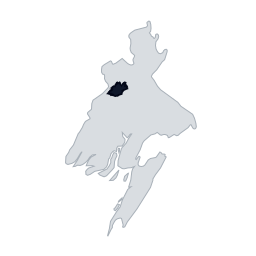 location of Natore, Rajshahi, Bangladesh, rotated 38°
{"feature_id": "16705992B43065208682222", "entity_name": "Natore", "entity_type": "district", "adm_level": 2, "iso_a3": "BGD", "parent_name": "Bangladesh", "parent_adm1": "Rajshahi", "projection": "equal_earth", "projection_center": [89.103, 24.393], "detail": "fine", "context": "in_parent", "style": "filled", "palette": "ink", "viewbox_px": 256, "rotation_deg": 38, "n_neighbors": 0, "source": "geoboundaries", "source_scale": "gbopen_adm2", "svg_char_len": 7478}
<svg xmlns="http://www.w3.org/2000/svg" viewBox="0 0 256 256"><g transform="rotate(38 128 128)"><path d="M95.5,181.1L95.5,175.0L92.2,162.9L92.4,161.5L91.7,155.7L90.8,152.5L90.4,149.0L92.4,144.1L91.6,143.3L87.3,141.8L86.7,140.5L87.7,135.7L84.5,131.1L83.3,127.6L86.7,116.6L87.5,108.9L87.3,107.4L85.2,105.7L81.6,105.0L79.1,103.6L77.6,101.4L76.3,100.5L74.8,101.2L72.8,100.3L71.1,98.2L69.7,95.6L70.3,92.7L72.9,85.9L73.9,85.7L76.2,87.0L77.0,87.0L78.5,84.4L80.6,76.8L87.9,77.4L89.6,77.2L91.5,76.6L92.5,75.6L93.0,74.4L92.8,73.3L90.6,71.9L89.7,70.8L89.1,67.8L88.5,66.7L84.1,66.5L81.8,65.1L80.5,63.8L78.3,59.7L75.6,56.6L72.9,55.9L71.9,54.9L71.4,53.4L71.7,51.1L73.1,46.7L80.3,37.3L80.5,36.3L80.2,35.1L78.1,33.5L78.0,32.8L78.6,30.8L79.8,30.6L82.2,32.4L84.8,35.3L86.3,37.9L86.3,39.9L88.3,40.3L89.9,41.2L91.6,40.9L92.8,41.4L93.5,41.3L93.8,40.1L92.3,37.1L93.0,35.9L94.7,36.0L95.9,37.1L96.8,39.3L96.9,42.9L98.9,46.1L101.4,48.4L103.4,49.4L105.9,50.2L107.9,49.5L109.0,47.2L108.5,45.2L108.8,43.4L109.7,42.4L110.9,42.5L111.9,43.9L114.8,51.6L114.2,55.0L114.8,64.3L114.1,70.5L114.6,72.8L115.1,73.3L119.3,74.4L125.5,76.9L130.2,77.8L151.6,77.1L156.3,78.3L170.5,77.4L174.4,79.4L178.7,82.6L181.1,85.0L181.5,86.3L181.3,87.5L180.5,88.1L179.0,88.1L175.6,86.6L175.1,87.1L175.1,90.8L172.4,100.1L172.0,102.9L171.1,104.1L168.3,104.7L166.4,110.1L165.7,110.8L163.8,109.6L162.7,109.8L161.2,110.3L159.8,111.5L158.8,113.1L157.7,113.6L153.7,113.5L152.9,116.0L150.3,119.4L148.6,128.1L148.7,130.8L151.0,137.8L152.6,146.9L153.2,147.8L153.9,147.9L153.9,143.7L154.7,143.2L155.6,143.7L157.5,149.3L158.6,150.7L160.3,151.1L162.2,150.2L163.6,148.6L164.1,146.8L163.6,140.7L164.5,138.2L167.7,134.5L168.2,133.4L167.9,127.3L169.1,127.0L170.8,127.5L172.9,126.1L173.5,126.0L174.4,127.6L175.9,127.3L178.2,139.5L178.4,148.0L179.0,152.8L179.8,153.9L182.3,161.0L184.9,186.3L185.3,202.4L186.3,207.9L185.5,209.1L184.7,209.3L183.9,207.4L178.6,203.3L177.3,203.7L175.5,206.1L174.8,208.3L175.1,211.4L175.7,214.4L177.0,216.2L177.1,218.1L178.6,225.4L178.2,225.4L175.3,218.8L171.7,212.3L170.5,200.7L170.4,195.0L167.9,188.2L165.6,176.5L166.6,172.4L164.9,174.2L162.2,167.2L158.0,160.3L156.8,157.3L156.8,154.3L155.0,157.3L152.6,159.4L150.1,162.5L148.5,163.5L143.3,164.0L140.3,159.8L136.0,149.5L135.4,147.2L135.9,141.2L134.9,135.5L134.6,130.4L133.8,130.9L133.5,132.3L133.7,134.4L133.4,136.2L126.2,135.0L129.2,138.0L132.6,138.7L134.3,141.4L134.4,145.9L131.2,148.6L131.5,150.9L133.4,153.6L131.1,154.4L130.5,156.2L130.4,158.8L132.0,162.8L131.8,164.3L134.5,169.5L135.0,172.0L134.4,175.5L128.5,182.6L126.8,187.7L125.3,190.1L123.5,190.5L121.3,188.1L121.3,185.6L121.7,183.7L124.8,179.0L123.1,179.6L118.3,183.5L117.4,180.3L116.8,177.4L116.8,173.8L119.1,168.5L116.5,171.1L115.8,174.5L116.1,178.4L115.8,181.2L114.7,184.8L113.3,187.0L111.1,188.4L110.1,190.6L108.6,192.2L108.0,184.8L106.4,174.9L106.1,177.1L106.9,183.2L106.9,187.2L105.6,190.4L103.1,193.7L101.2,194.2L100.1,193.7L96.6,188.6L96.3,183.8L95.5,181.1ZM139.2,181.2L134.8,182.4L132.5,182.1L136.7,173.2L136.5,169.2L135.8,165.9L133.7,163.3L133.6,161.5L132.6,158.9L132.1,156.0L134.5,155.0L136.4,156.7L137.1,160.1L138.0,162.6L141.4,167.8L141.3,171.0L140.5,178.9L139.2,181.2ZM148.6,178.3L145.9,180.7L146.7,166.7L148.7,171.9L149.2,174.7L148.6,178.3ZM158.8,171.3L157.6,172.3L156.5,171.4L155.1,168.1L155.8,164.0L156.2,163.4L157.9,167.6L158.8,171.3ZM168.9,201.0L167.4,201.1L166.6,200.1L167.0,198.7L166.5,194.2L168.5,193.7L169.2,197.5L168.9,201.0ZM167.1,188.2L166.0,192.8L165.6,190.7L166.3,186.8L167.1,188.2ZM135.6,151.7L136.1,153.1L133.6,151.2L132.9,149.9L134.0,149.2L135.6,151.7Z" fill="#d9dde1" stroke="#a8b0b8" stroke-width="1"/><path d="M97.7,93.7L97.6,94.1L97.6,94.5L97.4,94.8L97.3,94.7L97.3,94.8L97.3,94.7L97.2,94.8L97.3,94.9L97.2,94.9L97.2,95.1L96.8,95.3L96.8,95.2L96.7,95.2L96.7,95.4L96.7,95.6L96.8,95.8L96.7,95.9L96.7,96.1L96.7,96.3L96.6,96.5L96.8,96.9L96.8,97.0L96.8,97.3L96.8,97.8L96.7,97.9L96.7,98.0L96.6,98.3L96.7,98.5L96.4,98.4L96.3,98.5L96.2,98.6L95.9,98.7L95.7,98.6L95.3,98.4L95.1,98.3L94.9,97.9L94.7,97.9L94.6,98.2L94.3,98.0L94.5,97.8L94.5,97.7L94.1,97.4L93.8,97.2L93.6,97.1L93.3,97.1L93.3,97.5L93.3,98.1L93.2,98.2L93.0,98.3L92.9,98.3L92.7,98.7L92.2,98.4L92.0,98.5L91.9,98.6L91.7,98.6L91.7,99.0L91.4,98.9L91.4,99.0L91.4,98.8L91.3,99.0L91.2,99.2L91.3,99.3L91.4,99.2L91.6,99.2L91.7,99.3L91.6,99.5L92.0,99.4L92.3,99.3L92.4,99.5L92.3,99.8L92.1,99.7L92.0,99.8L92.0,100.0L91.9,99.9L91.8,100.3L91.7,100.3L91.6,100.5L91.7,101.1L91.5,101.3L91.7,101.5L91.8,101.7L91.6,101.9L91.7,102.0L91.7,102.3L91.8,102.6L91.7,102.9L91.8,103.0L91.7,103.0L91.6,103.5L91.6,103.9L91.5,104.4L91.5,104.5L91.5,104.4L91.4,104.4L91.3,104.5L91.3,104.4L91.2,104.4L91.0,104.5L90.8,104.5L90.7,104.4L90.6,104.8L90.5,105.0L90.4,105.2L90.5,105.7L90.4,105.7L90.4,105.9L90.6,106.2L90.5,106.4L90.9,106.2L91.0,106.3L91.1,106.6L91.2,106.8L91.4,106.8L91.8,106.9L91.7,107.6L91.8,107.6L91.9,108.0L92.1,108.1L92.1,108.3L92.1,108.6L91.8,108.7L91.7,108.6L91.7,108.9L91.6,109.0L91.4,109.1L91.2,109.1L91.2,108.8L91.1,108.7L91.1,108.8L91.0,109.0L91.0,109.4L91.1,109.5L90.9,109.6L91.0,109.7L91.0,109.8L91.0,110.2L90.9,110.3L91.0,110.5L90.9,110.8L90.7,111.1L90.9,111.2L91.1,111.1L91.5,111.2L91.6,111.4L91.5,111.5L91.3,112.3L91.0,112.3L90.8,112.5L90.8,112.8L90.7,112.9L90.7,113.1L90.8,113.0L91.0,112.9L91.3,113.1L91.0,113.3L91.3,113.2L92.0,112.9L92.0,112.6L91.9,112.6L92.0,112.4L92.3,112.3L92.2,112.5L92.7,112.2L92.9,112.5L93.9,112.6L94.4,112.7L94.5,112.5L94.5,112.3L94.4,112.1L94.3,111.9L94.5,112.0L94.6,111.8L94.1,111.8L94.6,111.7L94.4,111.7L94.2,111.5L94.1,111.4L94.4,111.3L94.7,111.2L94.8,111.0L95.0,111.1L95.0,111.4L95.1,111.7L95.2,112.0L95.4,112.0L95.5,111.9L95.5,111.7L95.9,111.6L96.2,111.5L96.2,111.1L96.3,111.2L96.5,111.3L96.8,111.3L97.0,111.1L97.4,111.0L97.4,110.9L97.7,111.0L97.9,110.9L98.2,110.9L98.3,110.7L98.3,110.4L98.6,109.9L98.8,110.0L98.9,109.9L99.0,110.0L99.1,109.8L99.3,109.7L99.6,109.5L99.8,109.1L99.7,108.8L99.8,108.7L99.9,108.8L100.0,108.5L100.0,108.4L100.2,108.5L100.2,108.4L100.3,108.1L100.2,108.0L100.1,107.7L100.3,107.4L100.6,107.5L100.7,107.2L100.9,107.0L100.9,106.7L101.1,106.7L101.2,106.4L101.3,106.4L101.4,106.2L101.4,105.5L101.7,105.5L101.7,105.4L101.8,105.3L102.0,105.4L102.2,105.2L102.2,104.9L102.0,104.7L101.9,104.6L101.7,104.3L101.5,104.0L101.3,103.9L101.4,103.7L101.4,103.2L101.4,102.8L101.4,102.5L101.2,102.5L101.0,102.3L100.9,102.3L100.7,102.4L100.4,102.3L100.4,102.1L100.5,102.1L100.6,101.9L100.8,101.8L101.1,101.6L101.2,101.3L101.3,101.3L101.3,101.2L101.2,101.0L101.3,101.0L101.3,100.9L101.3,100.7L101.2,100.6L101.3,100.5L101.3,100.4L101.5,100.3L101.6,100.2L101.7,99.9L101.9,99.9L101.9,99.7L102.0,99.5L102.0,99.4L102.2,99.2L102.3,99.0L102.3,98.9L102.5,98.7L102.7,98.4L102.7,98.0L102.8,97.9L102.7,97.9L102.7,97.7L102.4,97.3L102.5,97.2L102.4,97.2L102.4,96.9L102.5,96.7L101.9,96.6L101.9,96.3L101.9,96.0L101.7,96.0L101.7,95.9L101.6,95.7L101.4,95.6L101.2,95.6L100.9,95.5L100.7,95.5L100.6,95.9L100.4,95.8L100.4,96.0L100.6,96.0L100.6,96.3L100.3,96.4L100.2,96.7L100.2,96.8L100.2,97.0L99.9,97.2L99.8,96.9L99.7,96.9L99.6,96.6L99.6,96.4L99.6,96.1L99.4,96.1L99.4,96.4L99.3,96.1L99.1,96.0L99.2,95.9L99.3,95.9L99.2,95.6L99.4,95.5L99.5,95.3L99.3,95.3L99.3,95.1L99.2,95.0L99.1,94.9L98.8,94.9L98.7,95.0L98.6,94.9L98.5,95.3L98.5,95.5L98.5,95.8L98.4,95.8L98.1,95.8L98.1,96.0L97.9,95.9L98.1,95.9L98.0,95.7L97.9,95.7L97.8,95.3L97.6,95.0L97.6,94.6L97.9,94.5L97.9,94.3L97.8,94.1L98.1,94.1L98.3,94.2L98.4,93.9L98.3,93.6L98.1,93.6L98.0,93.8L97.8,93.9L97.7,93.6L97.7,93.7Z" fill="#0f172a" stroke="#020617" stroke-width="1.5"/></g></svg>